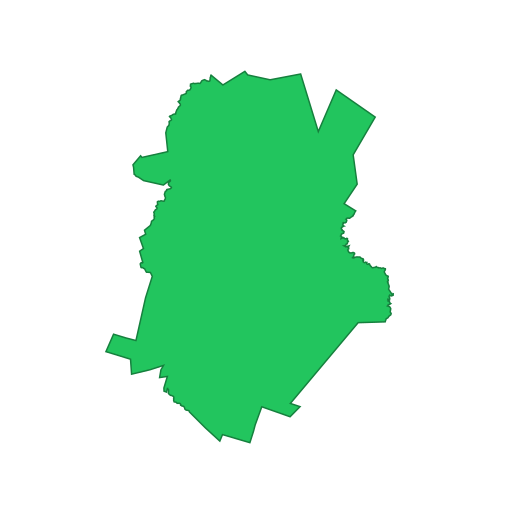 Otáez, Durango, Mexico (Mercator projection), rotated 110°
{"feature_id": "50627088B56377483842725", "entity_name": "Otáez", "entity_type": "district", "adm_level": 2, "iso_a3": "MEX", "parent_name": "Mexico", "parent_adm1": "Durango", "projection": "mercator", "projection_center": [-105.979, 24.71], "detail": "fine", "context": "isolated", "style": "filled", "palette": "green", "viewbox_px": 512, "rotation_deg": 110, "n_neighbors": 0, "source": "geoboundaries", "source_scale": "gbopen_adm2", "svg_char_len": 6129}
<svg xmlns="http://www.w3.org/2000/svg" viewBox="0 0 512 512"><g transform="rotate(110 256 256)"><path d="M116.9,376.3L117.8,376.0L118.6,375.9L118.5,375.6L120.1,374.6L122.3,374.8L123.1,375.6L123.4,375.9L123.5,376.7L123.8,377.0L125.6,377.7L126.1,377.5L126.5,377.2L126.8,377.1L127.2,377.2L130.1,380.4L130.3,381.0L130.7,381.2L134.3,380.8L134.3,380.6L135.6,380.5L136.7,381.4L137.6,381.9L138.2,380.4L138.7,380.1L138.9,379.4L139.1,379.1L140.2,378.6L140.8,378.8L142.6,379.8L143.4,379.7L143.7,379.9L144.9,380.0L145.8,380.4L148.9,380.4L149.7,380.1L150.1,380.1L150.5,381.3L151.5,382.5L152.4,383.0L153.7,384.4L153.8,384.7L154.6,385.0L154.8,384.7L154.8,384.3L155.2,383.5L156.6,382.1L157.1,382.0L158.0,382.6L158.7,383.3L159.4,383.6L159.8,383.6L160.5,383.0L162.5,382.6L163.4,382.7L165.2,383.5L171.1,382.9L188.1,374.6L202.4,396.9L201.3,398.7L212.4,402.8L214.5,401.4L220.8,398.5L220.7,398.2L222.1,395.9L222.1,393.5L223.6,387.4L221.0,367.3L213.9,362.7L214.1,362.4L214.6,362.1L215.1,362.2L216.6,363.1L217.2,363.2L218.3,363.0L218.9,362.6L219.7,361.4L220.3,359.0L220.5,358.9L221.1,358.9L222.1,359.5L223.9,362.4L224.3,362.6L224.8,362.3L225.2,362.4L226.3,363.3L229.1,363.2L229.8,363.0L230.2,362.5L231.0,362.1L231.9,361.2L232.3,361.0L233.8,360.8L234.8,361.1L235.7,361.0L236.2,361.7L236.6,364.2L237.6,365.2L237.8,366.3L238.0,366.6L238.7,367.2L239.9,366.8L241.3,365.8L242.8,366.9L243.6,367.1L243.8,367.0L244.5,365.5L245.2,365.3L245.7,365.3L247.1,366.4L248.6,366.6L249.5,367.0L250.1,366.9L251.1,366.0L252.7,365.8L253.3,365.5L253.2,365.0L253.5,364.7L254.6,364.9L255.4,364.4L256.3,364.5L256.9,364.6L259.0,366.0L259.5,366.0L261.5,365.6L262.1,365.8L263.4,365.7L269.9,369.6L273.3,367.1L278.5,371.7L287.5,364.3L291.3,367.0L300.9,360.1L301.4,360.4L301.4,361.1L301.6,361.6L302.2,361.9L302.8,362.1L303.2,362.0L306.0,360.2L306.2,359.8L305.7,358.5L306.1,357.3L306.1,356.3L308.0,354.3L308.7,353.4L308.5,352.9L307.6,349.6L310.6,346.5L333.0,345.5L376.5,339.9L377.5,350.3L378.2,363.1L397.2,364.3L395.9,338.6L409.6,332.5L399.2,316.8L390.4,305.5L395.5,306.4L403.2,305.0L399.5,298.1L411.5,297.4L414.5,296.2L414.5,293.6L410.1,294.0L411.2,293.5L411.6,292.4L413.8,291.7L414.7,291.6L415.6,290.4L416.2,288.7L415.9,287.6L416.1,286.8L416.1,285.8L416.4,285.5L416.4,285.3L416.7,285.0L417.7,284.6L418.4,284.6L418.6,284.3L419.9,284.0L421.1,283.0L420.7,281.2L421.4,279.7L420.6,277.6L420.6,276.7L421.3,275.9L421.8,276.0L422.0,275.8L422.0,275.0L422.3,274.4L422.0,272.5L423.3,271.0L424.1,270.6L424.6,269.4L424.7,268.9L424.3,266.8L424.5,265.8L425.3,265.2L434.9,244.6L442.3,226.7L435.3,226.4L433.5,197.9L421.6,198.4L415.0,199.0L395.7,199.0L395.4,169.0L382.5,163.1L382.8,173.3L283.7,137.2L273.7,112.1L270.5,112.2L268.9,110.9L267.2,110.5L265.1,109.2L263.6,109.4L263.1,110.4L262.4,110.9L261.5,110.9L260.5,111.3L259.9,111.2L259.2,111.5L258.0,113.0L258.0,115.4L257.2,115.0L256.4,115.1L256.2,114.2L254.7,113.1L254.6,114.0L254.0,114.2L253.7,114.9L253.0,115.1L253.1,116.3L252.4,116.1L252.0,116.6L252.1,117.2L251.4,117.2L251.7,116.2L251.5,115.5L251.4,115.5L250.1,115.8L248.4,117.2L247.1,117.1L247.4,115.8L247.1,114.9L246.0,113.7L244.7,114.1L245.5,115.1L244.7,115.6L244.8,115.9L244.4,116.6L242.4,119.2L242.2,119.7L241.8,120.1L240.3,120.2L240.1,120.3L239.2,120.4L238.7,120.9L238.3,120.9L237.9,121.4L237.1,121.9L236.6,122.6L236.2,122.9L235.7,122.9L235.7,123.2L235.3,123.7L234.3,123.5L234.0,123.2L233.5,123.6L232.6,123.9L232.5,124.4L231.8,124.8L230.5,124.6L230.1,124.7L229.7,125.1L229.8,126.3L229.4,127.5L227.5,129.7L226.7,130.1L225.8,130.0L225.2,129.8L224.0,129.9L223.7,130.1L224.0,131.3L223.7,131.8L223.7,132.3L223.9,132.7L224.8,133.9L224.6,135.0L225.2,136.7L225.0,137.2L225.2,137.6L225.2,138.3L224.8,139.4L225.9,140.0L226.2,140.9L227.2,142.3L227.2,143.0L226.5,144.2L226.5,144.6L226.2,144.8L225.8,145.6L224.7,146.6L224.6,147.2L225.0,147.6L225.4,147.7L225.7,148.4L225.6,148.9L225.3,149.3L225.0,149.5L224.3,149.5L224.1,149.6L224.5,150.6L224.4,151.1L224.7,151.2L225.2,152.0L224.8,153.3L224.2,153.5L223.8,154.0L223.4,154.2L223.1,153.9L223.3,153.5L223.0,153.5L222.0,154.4L222.1,155.7L221.9,157.1L221.4,157.9L222.5,161.2L223.4,162.6L224.2,163.2L224.4,163.6L224.6,164.1L224.6,164.8L224.4,164.8L224.1,164.4L223.1,164.1L222.6,164.1L221.7,164.4L220.9,164.4L220.4,164.0L219.7,164.3L219.5,164.7L219.4,165.7L219.6,166.3L220.1,166.7L220.7,168.0L221.0,169.0L220.7,169.4L220.8,169.7L220.7,170.2L220.3,170.5L219.9,171.1L219.4,171.3L219.3,171.6L218.9,171.9L217.7,171.6L217.5,171.4L217.3,171.7L216.8,171.7L216.2,172.0L215.3,172.2L214.7,172.1L215.5,173.1L215.6,173.5L215.9,173.6L216.2,173.5L216.1,174.2L216.7,174.7L216.7,175.2L216.4,176.0L216.3,176.8L215.7,175.8L214.8,175.3L213.8,175.3L213.5,174.5L213.2,174.4L212.5,174.6L211.5,174.5L211.0,174.9L210.6,174.3L210.4,174.5L209.9,175.5L209.6,175.5L209.0,175.9L208.4,176.0L208.3,176.5L208.4,176.9L209.2,177.5L209.4,178.7L208.9,179.3L209.2,179.9L208.7,180.8L209.2,181.1L209.6,181.1L210.6,182.0L209.9,182.1L209.2,182.0L208.8,182.2L208.2,182.9L208.2,183.4L207.2,183.2L206.9,183.0L206.1,183.2L205.8,182.7L205.2,182.4L204.7,181.5L203.8,181.7L203.5,181.5L203.1,181.5L202.8,181.9L202.7,182.5L202.5,182.8L202.6,183.3L202.5,183.9L202.3,184.1L201.9,184.0L201.6,184.3L201.2,185.2L200.1,185.4L199.7,185.1L199.4,184.9L199.1,184.9L199.0,184.6L198.6,184.3L198.2,184.2L197.8,183.6L197.7,184.3L197.5,184.5L197.2,185.2L196.4,185.1L196.1,185.3L195.7,185.1L194.8,185.5L194.7,185.4L194.7,184.6L194.5,183.7L193.4,182.8L192.8,182.9L192.4,182.8L191.6,182.8L191.2,183.1L190.7,184.1L190.2,183.7L189.4,183.5L188.8,182.4L188.8,181.8L188.5,180.9L186.3,179.5L186.0,179.1L185.2,178.9L184.9,178.4L184.5,178.6L183.9,178.6L183.5,178.2L183.1,178.3L182.7,178.2L180.4,178.0L179.5,177.7L176.7,191.1L153.9,185.5L127.7,199.3L84.7,191.5L72.5,237.4L117.8,240.0L69.7,276.3L85.6,303.0L88.7,325.7L86.3,329.6L106.6,345.6L101.4,360.1L102.1,360.2L103.0,359.9L103.8,360.1L104.0,359.9L105.9,359.6L106.6,359.3L107.2,359.3L107.6,359.4L108.1,360.4L108.0,360.5L108.2,361.0L108.1,361.7L108.4,362.4L108.0,363.2L107.9,364.7L109.0,366.0L109.8,366.8L110.9,367.1L111.5,367.1L113.0,367.6L113.3,369.1L113.8,370.3L114.3,371.1L114.6,371.9L115.0,372.4L115.0,373.8L116.9,376.3Z" fill="#22c55e" stroke="#15803d" stroke-width="1.5"/></g></svg>